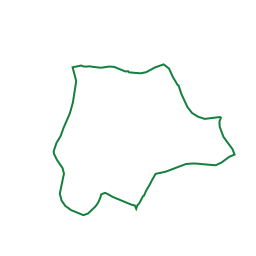 Santa María de Jesús, Sacatepéquez, Guatemala, rotated 67°
{"feature_id": "79465075B23332784997029", "entity_name": "Santa María de Jesús", "entity_type": "district", "adm_level": 2, "iso_a3": "GTM", "parent_name": "Guatemala", "parent_adm1": "Sacatepéquez", "projection": "orthographic", "projection_center": [-90.695, 14.477], "detail": "fine", "context": "isolated", "style": "outline", "palette": "green", "viewbox_px": 256, "rotation_deg": 67, "n_neighbors": 0, "source": "geoboundaries", "source_scale": "gbopen_adm2", "svg_char_len": 1109}
<svg xmlns="http://www.w3.org/2000/svg" viewBox="0 0 256 256"><g transform="rotate(67 128 128)"><path d="M194.1,40.3L188.3,40.1L173.5,43.6L162.7,43.1L158.2,41.5L157.2,40.7L155.8,39.4L154.9,38.5L153.8,39.2L149.6,53.8L144.9,59.2L139.2,63.2L131.9,65.1L117.1,65.6L108.7,64.8L108.0,65.5L98.2,66.8L89.4,67.0L83.4,70.3L82.8,79.2L83.7,89.6L82.6,95.0L77.2,105.3L75.8,105.7L74.9,108.4L66.5,116.7L64.2,121.0L61.9,129.5L56.9,138.3L56.3,138.9L55.9,140.2L55.0,142.9L53.9,145.0L52.2,146.7L50.5,155.3L64.5,157.3L82.9,168.7L91.7,175.7L101.5,186.0L102.5,187.1L109.2,193.3L113.8,199.7L120.4,205.5L122.8,206.2L129.3,205.9L139.4,203.9L145.0,204.8L161.9,216.5L168.8,217.5L175.1,216.2L181.3,212.5L190.8,203.1L191.1,198.2L187.5,188.6L185.9,186.0L184.4,183.9L180.6,180.1L178.8,178.8L178.6,176.3L178.8,174.4L180.7,172.7L185.8,168.7L199.9,154.8L201.1,153.2L202.0,152.0L205.5,152.0L202.8,149.6L201.9,147.3L196.6,140.8L196.6,139.8L192.9,135.9L188.1,129.5L185.7,126.7L181.0,120.5L182.9,110.7L183.8,88.8L185.8,82.7L187.2,79.5L193.2,68.3L196.6,61.7L196.3,55.3L194.0,45.8L194.1,40.3Z" fill="none" stroke="#15803d" stroke-width="2"/></g></svg>